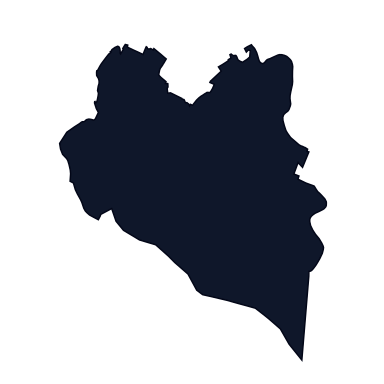 Dan Phuong, Ha Noi, Vietnam, rotated 187°
{"feature_id": "81297802B64128830492510", "entity_name": "Dan Phuong", "entity_type": "district", "adm_level": 2, "iso_a3": "VNM", "parent_name": "Vietnam", "parent_adm1": "Ha Noi", "projection": "natural_earth1", "projection_center": [105.68, 21.121], "detail": "fine", "context": "isolated", "style": "filled", "palette": "ink", "viewbox_px": 384, "rotation_deg": 187, "n_neighbors": 0, "source": "geoboundaries", "source_scale": "gbopen_adm2", "svg_char_len": 4469}
<svg xmlns="http://www.w3.org/2000/svg" viewBox="0 0 384 384"><g transform="rotate(187 192 192)"><path d="M323.5,236.1L329.3,224.1L327.7,218.6L325.0,213.6L320.5,209.9L319.1,208.1L317.4,204.3L315.5,199.0L314.7,195.3L314.3,187.8L310.8,186.5L308.7,181.6L308.0,180.0L305.5,176.1L301.7,170.9L300.1,168.3L297.4,162.7L295.6,160.2L293.8,158.7L290.9,156.7L286.6,155.0L281.6,153.1L280.2,156.9L279.8,158.7L269.7,165.8L263.8,153.7L255.3,145.6L244.2,140.7L238.2,138.0L221.6,135.2L207.6,125.5L200.5,119.9L186.0,110.1L175.3,95.1L168.9,91.4L161.8,90.7L144.2,88.8L131.9,86.9L123.5,85.7L115.0,84.4L107.1,79.7L100.6,75.7L87.6,66.9L77.0,52.7L62.5,38.6L65.8,122.5L66.3,127.4L64.8,127.9L63.8,128.6L62.8,129.9L61.8,131.5L60.0,134.7L58.6,137.8L57.1,141.3L55.5,146.1L55.2,147.0L54.7,150.9L54.7,152.9L55.3,154.4L57.0,157.1L60.2,161.2L64.0,164.8L64.5,165.3L67.5,168.9L70.2,173.1L71.5,176.8L71.8,178.9L71.5,180.7L70.6,182.5L69.2,184.1L67.1,186.0L63.5,188.2L60.1,190.5L58.8,191.6L57.4,193.7L57.1,195.1L57.3,197.6L57.6,198.8L59.2,201.2L59.3,201.3L63.1,204.6L65.1,206.2L67.3,207.7L69.2,209.9L71.4,212.7L72.0,212.9L80.1,214.8L88.3,217.6L88.2,218.9L88.1,219.4L87.8,220.9L93.1,222.3L90.7,232.5L90.3,234.2L89.2,233.2L86.9,231.3L86.5,230.9L86.2,230.7L85.6,230.3L85.3,230.0L80.9,246.0L82.8,246.3L82.5,248.6L83.9,249.3L84.5,249.6L85.1,249.9L86.5,250.2L87.7,250.7L89.7,251.1L90.6,251.5L91.6,251.9L92.3,252.4L100.1,257.6L101.0,258.3L102.2,259.6L103.5,261.0L104.8,262.5L106.3,264.5L108.5,269.2L109.9,272.7L110.5,274.3L111.0,277.3L110.4,280.0L108.8,282.0L107.3,283.4L106.7,284.0L105.8,285.7L105.4,287.5L104.9,289.5L104.8,290.9L104.8,291.6L106.1,296.5L106.4,299.5L106.2,303.5L105.5,310.9L105.6,313.9L106.2,317.7L106.4,319.0L107.0,324.4L107.2,327.3L107.3,328.7L107.9,330.9L109.2,333.8L110.5,335.3L112.9,337.1L114.6,338.2L117.0,338.9L119.6,339.2L121.9,339.0L123.6,338.3L125.9,336.9L127.9,335.7L129.5,334.7L130.9,333.8L132.1,333.3L133.4,332.6L134.3,331.6L135.0,330.5L136.0,329.0L136.5,328.7L137.2,328.1L137.9,328.1L139.2,328.4L139.9,328.9L140.5,329.3L141.2,330.2L142.2,332.2L143.2,334.7L144.5,337.6L144.9,338.4L145.9,339.9L147.1,341.7L147.7,342.4L148.9,343.4L150.1,344.4L150.5,344.9L151.0,345.4L154.9,342.8L157.3,340.8L155.1,337.5L153.3,339.9L151.4,339.4L151.2,333.0L153.4,330.5L155.2,329.0L157.8,326.8L158.3,327.1L160.4,327.7L161.4,328.2L162.0,328.5L162.6,329.0L163.3,330.2L163.9,331.4L164.6,332.4L165.2,332.9L165.4,332.9L166.4,332.7L167.3,332.4L168.4,332.7L170.0,333.7L171.1,332.9L170.2,331.0L169.7,329.6L172.1,327.8L172.2,327.5L171.8,326.8L177.3,322.2L181.0,319.4L177.7,315.5L187.2,304.2L187.6,302.9L184.9,302.1L183.4,301.7L183.0,301.6L183.4,300.1L184.2,297.3L185.4,294.5L186.4,292.8L188.3,292.8L189.2,292.7L190.1,291.9L191.2,291.1L192.9,289.6L194.8,288.1L196.6,286.3L198.7,283.7L199.9,281.7L201.3,279.4L202.0,278.2L202.3,278.1L203.0,278.4L204.1,278.8L204.9,277.1L205.7,278.7L208.0,280.1L209.4,279.8L210.9,282.4L211.3,282.8L212.4,282.9L213.1,282.9L213.3,283.1L213.4,283.6L225.4,287.8L228.1,287.1L229.2,291.4L229.1,292.2L228.7,293.1L228.7,293.7L229.2,296.6L229.4,296.7L231.6,296.4L231.2,298.3L236.7,301.9L238.7,303.5L239.4,304.6L239.3,305.5L239.1,307.8L239.0,309.2L238.5,311.0L237.6,312.6L236.7,314.3L236.2,315.6L235.8,316.3L233.8,320.9L235.0,321.7L236.1,322.4L237.3,323.2L237.6,323.4L237.9,323.6L239.8,324.9L240.6,325.4L245.9,328.8L247.3,329.7L247.8,328.3L248.2,328.4L250.4,329.3L250.7,328.6L251.5,328.9L252.6,328.7L253.2,328.5L253.7,329.2L254.3,330.2L255.1,330.6L255.5,329.5L256.4,326.2L257.4,322.5L258.4,322.9L263.6,324.6L265.9,325.3L268.1,326.0L269.8,326.6L270.8,326.9L272.0,327.3L272.3,327.4L273.9,328.0L273.7,329.1L273.7,329.8L273.7,330.0L276.2,330.3L277.0,328.7L278.2,326.0L277.6,325.1L279.7,320.3L280.2,320.9L280.3,321.5L280.5,323.2L281.1,325.4L281.8,326.8L282.6,327.4L283.6,327.6L286.1,326.1L288.8,323.6L289.4,321.9L290.2,321.3L289.6,320.5L291.4,318.8L292.5,317.0L294.0,314.5L297.5,308.4L298.7,305.8L300.5,301.2L301.3,300.7L301.3,299.0L301.0,297.0L300.8,296.0L300.7,295.8L300.1,295.1L298.7,293.3L297.9,291.4L297.6,289.9L297.5,288.1L297.9,286.0L298.0,284.7L298.1,281.2L297.2,279.3L296.9,278.4L296.9,277.4L296.9,276.0L297.1,273.2L297.3,271.1L297.5,270.2L297.8,269.4L298.1,269.0L298.6,269.0L299.2,269.8L299.3,270.0L299.6,269.8L299.6,268.5L297.1,263.1L295.4,260.7L294.6,259.5L296.9,252.6L298.4,251.3L300.2,251.7L301.8,251.8L303.3,251.8L305.2,251.1L305.9,250.6L307.2,249.0L308.0,248.5L309.4,248.4L310.3,247.8L312.0,246.1L316.5,242.4L323.5,236.1Z" fill="#0f172a" stroke="#020617" stroke-width="1.5"/></g></svg>